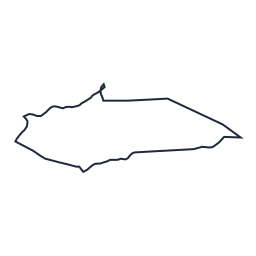 Santa Lúcia, São Paulo, Brazil
{"feature_id": "56859067B77203657890753", "entity_name": "Santa Lúcia", "entity_type": "district", "adm_level": 2, "iso_a3": "BRA", "parent_name": "Brazil", "parent_adm1": "São Paulo", "projection": "albers", "projection_center": [-48.079, -21.668], "detail": "fine", "context": "isolated", "style": "outline", "palette": "slate", "viewbox_px": 256, "rotation_deg": 0, "n_neighbors": 0, "source": "geoboundaries", "source_scale": "gbopen_adm2", "svg_char_len": 1041}
<svg xmlns="http://www.w3.org/2000/svg" viewBox="0 0 256 256"><path d="M240.6,137.5L222.8,124.5L167.6,98.6L143.5,99.9L127.0,100.7L103.4,100.7L102.1,96.5L101.0,94.3L100.4,90.6L97.9,92.4L94.9,94.1L92.5,95.5L91.0,97.6L87.9,99.6L84.5,101.8L81.8,103.1L79.5,105.3L76.0,106.3L72.0,107.2L69.3,106.8L65.9,107.0L63.1,108.3L60.2,107.6L57.8,106.9L54.7,106.3L51.7,106.9L49.5,108.6L46.1,112.1L43.5,114.1L40.9,116.0L37.0,116.0L32.6,114.4L28.8,114.1L23.8,116.5L25.8,118.7L27.5,121.1L27.0,126.2L24.5,130.0L21.6,132.7L19.3,135.5L16.8,138.7L15.4,141.5L33.2,150.8L40.6,155.9L45.0,158.6L60.2,162.6L67.8,164.4L76.4,166.7L79.3,166.7L83.2,171.8L87.1,169.8L92.0,165.6L95.1,163.8L100.4,163.5L103.5,162.4L106.8,161.5L110.0,159.9L113.3,159.9L117.7,159.8L120.8,158.7L125.4,159.4L127.7,158.3L130.1,155.3L132.6,153.1L134.9,152.4L194.1,149.1L196.5,148.3L199.5,147.6L201.8,146.8L205.6,147.1L208.9,147.5L212.6,147.1L217.4,143.7L219.6,141.8L224.2,136.9L240.6,137.5ZM100.4,90.6L104.6,87.1L103.7,84.2L101.2,87.2L100.4,90.6Z" fill="none" stroke="#1e293b" stroke-width="2"/></svg>